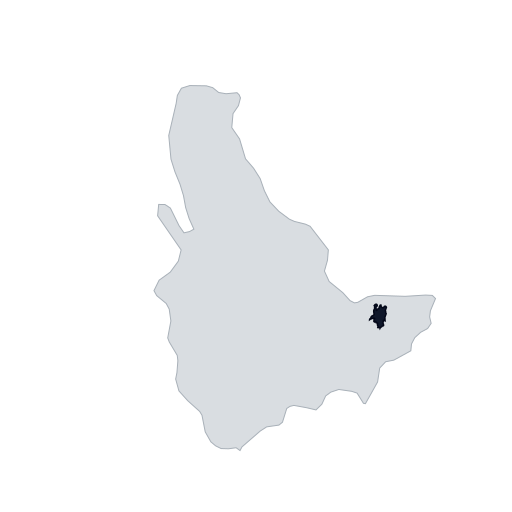 Polo, Barahona, Dominican Republic shown in context, rotated 240°
{"feature_id": "3306468B683162392169", "entity_name": "Polo", "entity_type": "district", "adm_level": 2, "iso_a3": "DOM", "parent_name": "Dominican Republic", "parent_adm1": "Barahona", "projection": "natural_earth1", "projection_center": [-71.293, 18.122], "detail": "fine", "context": "in_parent", "style": "filled", "palette": "ink", "viewbox_px": 512, "rotation_deg": 240, "n_neighbors": 0, "source": "geoboundaries", "source_scale": "gbopen_adm2", "svg_char_len": 5013}
<svg xmlns="http://www.w3.org/2000/svg" viewBox="0 0 512 512"><g transform="rotate(240 256 256)"><path d="M96.5,342.7L96.9,323.3L99.6,315.4L97.1,307.1L86.1,298.3L79.3,286.9L73.4,276.9L74.7,275.4L86.7,275.0L90.9,271.3L99.0,261.0L100.7,252.7L100.0,246.4L94.7,238.9L92.7,231.0L99.2,224.1L107.7,214.1L108.8,210.2L108.6,206.4L98.8,195.8L98.1,191.3L102.7,179.8L102.3,172.1L97.7,148.4L95.5,144.9L99.9,142.9L102.8,135.8L106.7,129.5L111.8,126.1L117.6,124.0L129.1,124.1L145.1,129.6L149.6,129.5L164.9,124.5L177.7,121.8L189.6,124.9L194.5,129.2L204.4,136.0L209.3,138.1L224.9,137.9L229.2,138.6L242.3,149.8L253.4,154.3L259.8,154.5L271.3,150.2L277.0,150.3L283.5,160.0L284.9,173.7L290.4,186.2L298.7,194.2L340.0,190.9L349.3,197.5L346.1,202.9L340.3,205.8L320.7,204.5L312.1,205.2L310.4,210.6L310.3,215.6L321.8,216.8L333.1,219.3L344.6,223.4L356.3,226.1L369.4,227.9L382.4,230.8L404.0,240.7L428.0,263.1L434.4,268.2L438.6,275.3L436.7,283.9L428.2,298.1L423.4,302.7L416.3,305.4L411.5,311.2L406.9,321.2L404.1,322.0L400.7,321.6L395.0,316.0L390.8,307.3L379.3,299.2L365.6,300.3L345.4,295.5L333.2,297.8L320.9,298.3L308.4,295.9L295.9,295.1L283.3,298.1L271.2,303.3L266.7,306.6L258.9,314.7L254.7,317.7L225.1,321.7L216.6,315.8L208.7,307.7L197.3,306.6L180.7,312.9L170.4,315.1L166.2,317.8L165.0,320.9L164.9,332.2L162.6,339.1L146.5,365.0L137.4,383.3L133.7,389.0L129.4,390.2L121.4,379.7L116.4,375.9L110.1,374.0L107.4,368.4L107.6,360.4L105.9,352.7L102.1,346.7L96.5,342.7Z" fill="#d9dde1" stroke="#a8b0b8" stroke-width="1"/><path d="M144.0,322.5L144.1,323.3L144.1,323.8L144.0,324.0L144.0,324.3L143.8,324.7L143.8,324.8L143.8,325.2L143.7,325.8L143.7,326.0L143.5,326.4L143.4,326.9L143.4,327.0L143.2,327.2L143.1,327.3L142.7,327.5L142.4,327.5L142.3,327.4L142.3,327.2L142.2,327.0L142.1,326.7L141.9,326.4L141.8,326.2L141.6,326.1L141.2,326.0L141.1,325.9L140.9,325.8L140.6,325.5L140.5,325.4L140.3,325.4L140.1,325.4L139.9,325.6L139.6,325.7L139.4,325.8L139.4,326.0L139.5,326.4L139.6,326.5L139.6,326.8L139.5,327.0L139.4,327.0L139.1,327.0L138.9,327.0L138.7,326.9L138.4,326.7L138.1,326.7L138.1,326.8L137.9,326.9L137.6,327.2L137.5,327.3L137.3,327.4L137.0,327.5L136.9,327.6L136.7,327.6L136.3,327.3L136.0,327.0L135.9,326.8L135.6,326.7L135.3,326.6L134.7,326.6L134.3,326.6L134.2,326.5L133.7,326.3L133.6,326.2L133.4,325.8L133.3,325.7L133.2,325.7L132.9,325.8L132.8,326.1L132.7,326.5L132.5,327.1L132.4,327.2L132.1,327.3L131.8,327.3L131.4,327.2L131.8,327.8L131.8,328.0L131.9,328.4L131.9,329.2L131.9,329.4L132.0,329.6L132.1,330.0L132.2,330.3L132.1,330.5L132.0,331.0L131.9,331.3L131.9,331.5L132.0,331.7L132.1,331.8L132.3,331.9L132.6,332.0L133.0,332.2L133.4,332.3L134.0,332.3L134.3,332.4L134.6,332.5L134.8,332.7L134.9,332.8L135.1,332.9L135.5,333.3L135.7,333.5L135.8,333.5L136.0,333.7L136.4,333.9L136.5,334.0L136.6,334.3L136.5,334.5L136.4,334.5L136.1,334.7L135.9,334.8L135.7,335.0L135.3,335.4L135.6,335.5L136.0,335.7L136.4,335.9L136.6,336.0L136.8,336.1L137.0,336.2L137.1,336.3L137.4,336.3L137.5,336.4L137.8,336.6L138.1,336.7L138.2,336.8L138.4,336.9L138.6,337.1L140.7,339.6L140.9,339.7L141.0,339.9L141.3,340.0L141.5,340.0L142.0,340.0L142.3,340.1L142.6,340.2L142.8,340.4L143.1,340.5L143.4,340.6L143.8,340.7L144.0,340.7L144.1,340.8L144.3,340.9L144.5,341.1L146.1,343.0L146.3,343.1L146.4,343.3L146.5,343.3L146.8,343.3L147.0,343.3L147.3,343.3L147.4,343.2L147.8,343.0L147.8,342.9L148.0,342.5L148.2,342.2L148.2,341.9L148.1,341.7L147.9,341.4L147.7,341.2L147.6,340.9L147.6,340.7L147.6,340.2L147.7,339.8L147.8,339.7L148.2,339.6L148.5,339.4L149.1,339.3L149.3,339.2L149.4,338.9L149.5,338.8L149.6,338.7L149.8,338.7L150.0,338.7L150.1,338.8L150.3,338.9L150.3,339.2L150.4,339.3L150.7,339.6L150.8,339.6L151.0,339.7L151.3,339.3L151.3,339.2L151.3,338.8L151.2,338.7L150.9,338.3L150.7,338.2L150.5,337.7L150.4,337.5L150.3,337.3L149.9,337.0L149.7,336.7L149.4,336.5L149.1,336.3L149.0,336.2L148.9,336.1L149.0,335.9L149.1,335.6L149.2,335.4L149.2,335.2L149.2,334.9L149.1,334.3L149.0,334.2L148.9,334.0L148.9,333.9L148.6,333.7L148.5,333.4L148.5,333.2L148.8,333.0L149.0,333.1L149.6,333.6L149.9,333.7L150.0,333.7L150.7,333.7L150.9,333.7L151.1,333.8L151.3,333.9L151.4,334.0L151.6,334.4L151.7,334.7L151.8,335.0L152.0,335.4L152.1,335.8L152.2,336.0L152.6,336.3L153.0,336.4L153.3,336.4L153.6,336.4L153.9,336.3L154.0,336.2L154.2,335.8L154.4,335.4L154.4,335.2L154.4,334.8L154.2,334.4L154.1,334.0L154.0,333.7L153.8,333.8L153.7,333.9L153.4,333.9L152.9,333.3L152.7,333.2L152.2,333.0L152.0,332.9L151.7,332.8L151.6,332.7L151.4,332.6L151.2,332.4L150.9,332.1L150.7,331.8L150.6,331.7L150.5,331.4L150.4,331.2L150.1,330.9L149.9,330.7L149.7,330.7L149.3,330.3L149.1,330.2L148.9,330.1L148.7,330.0L148.2,329.8L147.8,329.7L147.6,329.6L147.3,329.5L147.2,329.4L146.7,329.4L146.4,329.3L146.3,329.2L146.2,329.1L146.2,328.9L146.1,328.3L146.1,328.1L145.9,327.7L145.9,327.3L145.9,327.1L146.0,326.8L146.1,326.6L146.1,326.4L145.9,326.1L145.9,325.9L145.8,325.5L145.7,325.3L145.6,325.1L144.9,324.4L144.8,324.2L144.7,324.1L144.7,323.9L144.6,323.2L144.4,322.8L144.3,322.7L144.0,322.5Z" fill="#0f172a" stroke="#020617" stroke-width="1.5"/></g></svg>